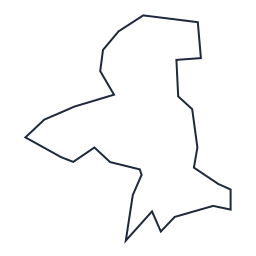 SVG path tracing the border of Saint John
{"feature_id": "ATG-5098", "entity_name": "Saint John", "entity_type": "Parish", "adm_level": 1, "iso_a3": "ATG", "parent_name": "Antigua and Barbuda", "parent_adm1": "", "projection": "albers", "projection_center": [-61.826, 17.106], "detail": "fine", "context": "isolated", "style": "outline", "palette": "slate", "viewbox_px": 256, "rotation_deg": 0, "n_neighbors": 0, "source": "natural_earth", "source_scale": "10m", "svg_char_len": 483}
<svg xmlns="http://www.w3.org/2000/svg" viewBox="0 0 256 256"><path d="M73.2,161.9L61.0,157.1L25.4,137.4L44.3,119.6L74.6,106.5L114.0,94.7L100.2,71.1L103.0,49.9L118.6,31.3L143.2,15.4L197.8,22.2L200.9,58.1L176.4,59.9L178.2,96.4L192.2,109.2L197.4,147.5L193.9,167.6L218.3,184.0L230.6,189.5L230.6,209.6L213.1,205.9L174.7,216.9L160.8,231.5L152.0,211.4L125.8,240.6L132.8,195.0L141.6,174.9L139.8,169.4L110.1,162.1L94.4,147.5L73.2,161.9Z" fill="none" stroke="#1e293b" stroke-width="2"/></svg>